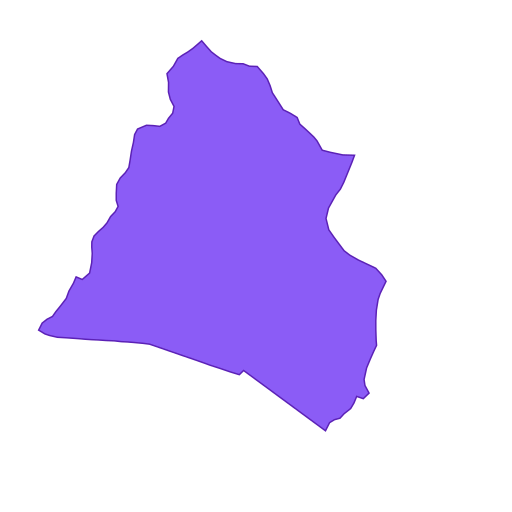 outline of Cajueiro da Praia, Piauí, Brazil, rotated 28°
{"feature_id": "56859067B66814431717617", "entity_name": "Cajueiro da Praia", "entity_type": "district", "adm_level": 2, "iso_a3": "BRA", "parent_name": "Brazil", "parent_adm1": "Piauí", "projection": "natural_earth1", "projection_center": [-41.374, -2.991], "detail": "fine", "context": "isolated", "style": "filled", "palette": "violet", "viewbox_px": 512, "rotation_deg": 28, "n_neighbors": 0, "source": "geoboundaries", "source_scale": "gbopen_adm2", "svg_char_len": 1810}
<svg xmlns="http://www.w3.org/2000/svg" viewBox="0 0 512 512"><g transform="rotate(28 256 256)"><path d="M295.7,120.8L285.2,126.0L279.0,127.8L272.8,129.6L264.8,131.5L255.8,125.7L251.2,123.8L239.1,120.5L232.8,119.0L227.3,114.4L219.5,113.9L211.4,114.1L205.6,110.8L198.5,106.8L193.8,104.2L188.5,99.0L182.8,94.4L177.0,91.5L168.1,88.1L161.1,91.5L154.4,92.3L147.7,95.7L139.0,98.1L131.6,98.4L126.4,97.7L120.6,96.7L113.9,94.2L107.0,91.5L102.9,102.1L99.9,108.1L97.1,112.7L94.2,118.2L94.0,127.3L91.8,136.8L97.3,143.8L101.7,152.3L106.8,157.9L113.4,162.4L115.4,169.0L114.1,175.5L113.9,181.1L110.2,186.7L104.1,189.1L97.9,192.0L91.8,199.5L91.8,205.7L94.5,213.4L96.8,221.8L100.0,230.9L102.2,237.6L101.5,243.9L99.5,250.9L99.4,258.2L103.1,266.1L106.5,272.5L111.0,277.0L110.9,283.0L109.1,289.4L108.9,296.7L107.6,302.5L105.4,308.3L103.6,314.3L104.4,320.5L106.8,325.2L110.2,330.6L114.1,339.1L117.1,349.2L113.6,358.3L107.0,358.9L107.6,365.8L107.3,374.7L108.4,382.5L106.8,392.0L105.4,399.2L104.7,404.9L101.2,409.9L98.7,415.6L98.9,423.5L106.2,423.9L111.0,423.1L118.8,421.0L127.7,416.9L133.8,414.2L139.0,411.9L144.0,409.8L150.0,407.1L156.3,404.1L163.3,401.0L170.8,397.4L177.2,394.9L182.7,392.3L188.5,389.8L197.1,386.2L203.4,383.8L239.1,378.2L247.7,376.8L261.4,374.7L266.6,374.0L276.6,372.2L287.8,370.4L297.0,368.6L298.8,362.9L399.4,377.7L399.2,368.6L402.1,363.7L406.3,359.8L407.8,354.0L411.2,346.2L411.5,339.8L410.8,332.7L417.7,331.6L420.2,324.0L413.0,319.2L409.4,314.3L406.2,302.9L405.3,293.4L404.7,284.9L404.4,278.3L401.6,273.9L396.6,265.2L392.1,256.8L387.7,247.3L384.2,237.0L383.2,230.7L382.7,217.3L375.9,213.6L367.5,210.6L348.1,211.5L338.4,211.2L331.3,210.0L316.4,203.0L308.0,198.7L300.2,190.0L297.5,179.6L297.8,164.5L299.1,157.3L298.9,149.6L296.7,128.1L295.7,120.8Z" fill="#8b5cf6" stroke="#5b21b6" stroke-width="1.5"/></g></svg>